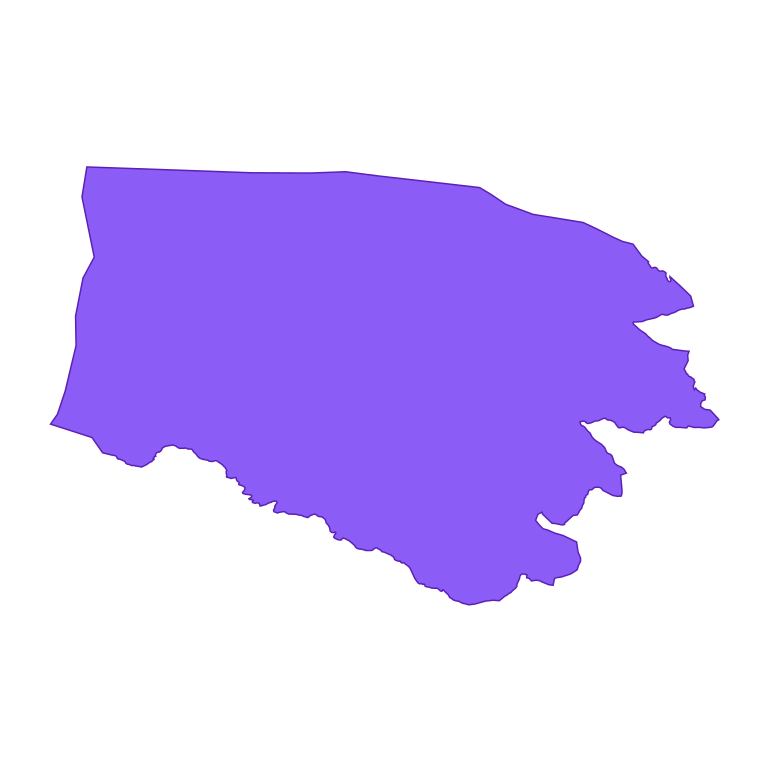 outline of Upper Manya, Eastern, Ghana, rotated 269°
{"feature_id": "2480657B72113427832631", "entity_name": "Upper Manya", "entity_type": "district", "adm_level": 2, "iso_a3": "GHA", "parent_name": "Ghana", "parent_adm1": "Eastern", "projection": "equal_earth", "projection_center": [-0.205, 6.384], "detail": "fine", "context": "isolated", "style": "filled", "palette": "violet", "viewbox_px": 768, "rotation_deg": 269, "n_neighbors": 0, "source": "geoboundaries", "source_scale": "gbopen_adm2", "svg_char_len": 6160}
<svg xmlns="http://www.w3.org/2000/svg" viewBox="0 0 768 768"><g transform="rotate(269 384 384)"><path d="M495.2,84.9L457.3,76.8L427.8,76.8L382.4,65.1L359.5,57.0L349.7,49.9L335.6,91.1L320.1,101.5L317.6,111.0L317.6,112.3L317.2,113.1L317.0,114.2L315.9,115.5L314.4,115.9L313.8,116.5L313.5,117.5L313.6,118.1L311.5,122.8L311.0,123.5L309.2,124.6L308.3,126.0L308.2,127.0L306.7,131.1L307.0,132.7L306.3,134.2L306.3,135.3L305.4,139.2L305.3,140.4L307.7,145.5L309.9,148.7L310.5,150.5L311.1,150.7L311.5,151.3L312.0,151.5L312.3,152.5L312.5,152.7L313.0,152.7L313.7,152.0L314.5,152.9L315.3,153.0L315.6,153.6L315.6,154.5L317.6,154.2L318.6,155.0L319.8,156.5L319.8,158.0L321.1,159.9L322.5,160.8L323.6,160.9L325.5,164.2L326.7,171.5L326.0,173.9L325.4,175.2L324.1,176.6L323.2,178.7L323.3,182.2L323.1,182.9L323.6,183.9L322.3,187.5L322.4,190.0L321.6,191.2L319.5,192.4L317.1,194.9L314.4,196.8L312.9,198.7L311.9,201.5L310.8,206.7L309.9,207.8L309.7,208.7L309.5,210.9L310.3,214.2L310.2,215.3L305.9,221.3L304.4,222.4L303.9,223.3L300.2,225.3L299.3,224.7L297.3,224.7L295.3,225.4L294.1,224.8L293.8,224.9L293.4,225.5L292.9,227.9L292.2,229.2L293.1,233.6L292.7,234.6L291.7,234.6L289.8,235.3L288.1,237.4L286.1,237.0L285.6,237.6L285.2,239.6L283.8,242.2L282.7,243.3L280.2,242.6L278.0,240.6L277.0,241.1L276.2,243.5L275.5,248.3L275.0,249.5L274.7,249.7L273.6,249.7L273.0,249.2L271.6,246.9L270.9,247.5L270.6,249.9L269.9,251.3L268.6,250.2L267.8,250.5L266.9,253.3L267.5,255.2L267.4,255.9L266.4,257.4L264.3,257.8L264.1,258.2L265.6,263.9L267.2,267.0L267.6,269.0L268.4,270.3L268.9,272.8L268.8,273.7L268.4,274.6L267.4,275.1L263.6,272.5L262.2,272.8L260.0,271.4L259.1,271.4L258.2,271.9L257.4,273.8L256.9,275.4L257.5,277.1L258.1,280.7L258.0,282.6L256.8,284.0L255.6,286.6L255.3,293.9L254.6,295.8L254.1,299.3L253.0,301.3L252.5,303.3L251.8,305.0L252.2,306.3L253.4,307.3L255.1,311.6L254.9,313.3L254.2,314.4L253.4,315.0L252.7,316.4L252.2,319.8L249.7,322.8L245.7,324.0L244.4,325.4L241.5,327.0L237.7,327.7L236.5,329.1L236.3,330.1L236.3,331.0L236.8,332.3L236.7,333.0L235.6,333.2L234.2,332.0L231.9,331.0L230.7,332.0L229.1,335.2L228.7,338.3L230.7,340.2L230.0,342.5L227.4,347.1L223.6,351.3L220.9,353.2L219.9,354.7L219.4,356.6L219.2,358.8L217.8,363.2L217.7,368.1L218.0,369.4L220.2,372.4L220.4,373.9L219.6,374.8L218.2,377.4L216.2,379.3L216.1,380.6L212.6,388.5L211.9,388.9L211.0,390.4L209.5,391.3L208.5,391.4L207.6,392.5L206.5,395.7L206.6,397.2L205.5,397.7L204.7,399.0L205.0,400.2L204.9,400.6L201.2,405.4L199.1,407.0L188.9,411.5L184.8,414.3L183.8,415.5L183.6,416.2L183.6,418.8L182.9,419.3L183.2,420.7L182.6,421.2L181.3,421.5L180.6,422.6L180.1,425.5L179.3,427.6L179.0,428.9L178.8,434.0L176.2,436.7L175.8,437.6L176.1,438.6L177.0,438.8L177.3,439.2L177.0,439.9L175.7,440.9L172.0,444.7L169.5,445.9L168.2,448.0L167.2,449.0L166.1,451.5L165.4,455.0L163.5,458.5L162.4,463.0L161.8,464.4L162.0,467.7L162.5,471.3L165.2,482.0L165.9,489.6L165.3,495.5L169.8,501.2L170.8,503.3L172.1,504.8L173.4,507.3L175.3,509.1L177.8,512.2L179.2,513.2L181.7,513.5L187.0,516.1L188.3,516.2L189.9,516.8L190.8,517.4L191.8,519.5L190.7,523.7L187.8,523.2L187.0,525.9L184.5,528.0L185.2,532.7L184.5,536.7L183.6,537.9L180.4,545.4L179.8,549.6L184.7,550.6L186.7,551.4L187.2,552.4L188.0,558.2L190.6,566.6L191.7,568.9L194.8,573.8L200.0,575.6L203.1,577.4L206.6,577.5L212.6,575.1L222.7,573.8L229.4,560.4L232.0,552.0L235.2,545.0L236.5,540.5L240.3,536.9L245.0,533.2L251.0,535.6L253.1,539.7L251.0,540.4L241.8,549.6L241.6,552.3L240.0,559.6L240.2,561.5L240.6,562.1L241.6,562.1L249.3,570.8L249.7,575.0L255.1,578.2L256.0,579.4L259.0,580.2L261.5,581.7L264.0,581.9L266.0,582.4L266.6,582.6L267.3,583.6L268.8,583.9L269.5,584.5L269.7,585.1L270.3,585.8L273.4,586.6L274.6,587.6L274.6,589.9L276.9,592.7L277.1,595.6L276.9,597.4L276.3,599.0L273.8,601.1L268.6,610.7L267.6,615.5L267.8,619.2L270.4,620.0L273.8,620.1L288.7,619.0L290.7,624.8L292.8,623.4L294.0,623.0L295.9,621.1L296.9,619.6L298.0,616.9L299.1,615.1L300.8,613.1L308.1,610.8L309.7,609.2L310.8,606.6L311.8,605.5L316.9,603.3L319.9,600.3L323.0,595.6L325.2,592.9L327.7,590.9L331.2,589.3L333.4,586.9L337.4,583.9L338.2,582.8L339.2,580.7L340.8,579.7L342.6,579.2L343.5,582.2L342.9,584.9L342.0,585.1L341.6,585.7L341.0,586.9L341.0,587.7L341.6,590.5L343.3,594.5L343.5,597.7L345.7,602.6L345.8,605.0L344.3,606.4L344.0,607.6L343.9,609.6L343.0,611.6L341.8,613.7L336.9,617.1L336.2,617.9L336.0,618.9L336.5,621.1L336.6,622.8L336.3,623.7L333.8,627.5L331.5,632.9L331.2,637.7L330.6,642.5L331.9,643.1L332.9,644.1L333.8,646.7L333.9,647.6L333.6,649.4L334.0,650.3L334.4,650.7L336.4,651.2L336.7,651.5L337.9,654.2L338.6,655.0L340.2,655.6L342.5,659.1L345.1,661.6L346.9,664.6L345.1,667.2L345.3,669.5L343.5,670.0L340.7,668.6L338.7,669.5L336.5,672.7L335.5,675.1L335.5,678.8L334.8,685.6L334.9,686.1L336.8,687.5L335.1,693.3L335.1,699.2L334.5,703.2L335.0,709.5L335.6,711.9L339.3,714.8L341.4,716.1L342.3,718.1L342.7,718.1L352.2,709.7L353.1,704.2L355.9,700.2L359.2,700.4L361.5,701.8L362.6,704.8L365.1,705.1L367.4,704.0L368.4,704.5L370.3,699.9L371.6,698.4L372.4,697.0L374.5,695.6L372.8,694.2L376.2,693.1L380.8,694.9L382.1,693.8L383.1,694.1L385.7,690.8L386.1,689.7L386.8,688.5L388.6,687.7L388.9,686.8L393.9,684.3L402.0,688.5L407.6,688.1L411.4,689.6L411.8,685.1L413.6,673.0L414.9,671.4L415.9,669.3L417.2,665.4L417.9,662.5L419.2,659.1L422.5,653.8L423.6,652.4L425.1,651.1L427.5,648.2L429.4,646.7L433.9,640.4L439.9,634.1L441.6,634.4L441.9,643.0L443.7,648.1L445.2,655.6L446.0,657.9L448.7,662.7L448.7,664.0L448.1,666.2L447.9,668.9L449.4,672.1L450.6,676.0L452.5,679.5L453.0,680.7L453.7,683.5L453.7,685.6L454.6,688.5L455.0,691.0L456.3,694.8L466.5,692.2L475.6,683.2L486.4,671.8L485.0,671.8L483.9,672.5L482.0,672.5L481.4,672.1L481.5,670.9L482.1,669.9L483.5,669.0L484.7,668.9L486.7,667.6L490.1,667.9L491.1,666.8L492.0,665.3L492.2,664.2L491.9,662.4L492.2,661.3L492.7,660.5L493.8,659.5L495.0,658.9L495.6,658.0L495.9,657.1L495.8,656.0L495.3,654.9L495.5,653.8L496.0,653.0L500.2,650.3L501.0,650.0L501.7,650.6L507.4,644.0L519.5,635.4L522.4,624.9L527.2,614.8L534.6,600.9L542.0,585.9L551.0,536.0L561.6,508.7L571.0,495.3L578.7,483.1L592.2,381.4L596.9,349.3L596.2,314.0L597.5,255.2L606.2,90.7L576.3,85.3L515.9,96.5L495.2,84.9Z" fill="#8b5cf6" stroke="#5b21b6" stroke-width="1.5"/></g></svg>